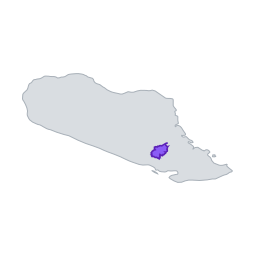 Andilamena, Alaotra-Mangoro, Madagascar (highlighted), rotated 96°
{"feature_id": "10022922B97539486376385", "entity_name": "Andilamena", "entity_type": "district", "adm_level": 2, "iso_a3": "MDG", "parent_name": "Madagascar", "parent_adm1": "Alaotra-Mangoro", "projection": "natural_earth1", "projection_center": [48.448, -16.737], "detail": "fine", "context": "in_parent", "style": "filled", "palette": "violet", "viewbox_px": 256, "rotation_deg": 96, "n_neighbors": 0, "source": "geoboundaries", "source_scale": "gbopen_adm2", "svg_char_len": 6267}
<svg xmlns="http://www.w3.org/2000/svg" viewBox="0 0 256 256"><g transform="rotate(96 128 128)"><path d="M164.0,25.5L164.6,27.2L165.4,28.8L167.7,32.7L168.6,34.2L169.5,35.7L169.9,38.9L171.3,43.8L172.7,51.2L173.1,58.8L173.5,62.3L174.6,65.6L176.3,69.0L176.9,72.8L175.8,76.7L174.2,80.3L173.8,81.0L173.1,82.0L172.8,81.9L171.5,81.0L170.5,79.4L169.3,75.8L168.8,73.9L168.3,73.6L166.8,73.8L165.7,74.9L165.5,75.7L165.7,77.7L166.1,79.6L166.3,81.5L166.3,83.8L166.7,84.5L167.3,85.1L167.9,86.7L168.0,90.4L167.7,92.3L166.6,93.9L166.7,94.7L167.0,95.7L166.7,96.2L165.3,96.9L164.7,97.5L163.9,99.1L162.7,102.5L162.5,104.2L163.3,109.3L163.1,113.0L161.5,120.0L160.6,123.4L159.3,127.3L157.4,132.6L155.5,139.2L153.8,145.9L152.6,150.0L151.2,154.0L149.4,161.1L147.8,168.3L145.4,176.3L142.2,185.1L141.8,186.3L141.2,190.8L140.4,194.7L139.6,198.6L137.8,205.0L137.6,207.0L137.1,208.9L135.4,212.9L134.7,214.4L134.1,216.0L133.9,218.0L133.3,220.0L132.1,223.5L130.2,226.6L128.9,227.7L126.1,229.4L124.7,229.7L121.5,229.7L118.5,230.7L115.3,232.4L112.2,234.5L111.1,235.5L109.8,236.0L105.7,236.1L104.5,235.7L100.5,232.3L98.9,231.8L95.9,231.3L95.0,231.0L94.2,230.6L93.0,228.8L90.6,227.4L90.0,226.9L89.6,225.9L89.4,224.8L88.8,223.5L88.3,221.2L87.5,219.5L85.3,216.6L85.0,215.7L84.8,212.6L84.9,210.6L84.6,206.8L84.8,205.0L85.6,203.3L85.3,201.6L84.4,199.8L84.1,197.9L83.5,196.1L81.1,193.0L80.6,191.5L80.2,189.9L79.3,184.9L79.1,183.2L79.2,179.6L79.5,177.7L80.1,176.4L80.2,175.4L80.6,174.6L81.1,173.9L81.5,173.1L82.3,168.5L83.4,167.4L85.0,166.8L86.3,165.6L87.1,164.0L87.8,160.6L89.8,157.2L90.5,155.5L92.2,152.8L93.6,149.0L94.0,147.3L94.3,145.4L94.7,141.5L95.0,139.5L94.9,137.5L94.0,135.5L92.0,131.9L91.9,131.2L92.1,128.5L91.9,126.5L91.1,124.6L90.2,122.7L89.2,119.3L88.7,113.6L88.8,111.5L88.5,109.7L87.8,107.9L88.3,104.9L94.3,93.9L94.5,92.6L94.2,89.2L94.3,87.2L94.5,86.5L95.0,86.1L96.0,85.9L100.9,85.4L101.5,85.1L102.7,84.1L104.4,82.3L105.1,81.8L105.8,82.0L106.2,82.8L106.8,83.2L108.7,82.4L109.5,82.3L110.2,82.5L110.6,81.7L110.8,80.7L111.1,80.0L111.6,79.6L114.2,79.4L115.8,79.1L117.9,78.4L118.3,78.5L120.0,81.1L120.5,81.3L121.2,81.4L121.7,80.9L120.4,79.6L120.2,78.9L120.2,78.0L121.0,76.2L122.2,74.8L124.9,72.7L127.7,70.3L128.5,70.1L129.2,70.5L129.8,73.4L129.7,73.8L130.2,73.9L130.7,73.5L131.2,72.4L131.2,71.4L130.8,70.5L130.6,69.7L130.6,69.0L132.0,67.3L133.2,65.7L133.7,63.7L134.1,62.8L135.3,61.8L135.7,62.0L135.9,62.8L136.1,63.7L135.8,64.5L135.4,65.4L135.2,66.5L135.9,66.7L136.5,66.5L137.4,64.4L138.5,62.5L139.1,61.5L139.9,60.8L141.2,60.9L142.5,61.4L140.4,59.3L139.9,56.5L142.4,51.7L142.4,50.7L142.7,50.3L142.9,50.0L141.6,48.3L141.4,47.5L141.5,46.3L142.2,45.2L142.7,44.4L143.5,44.1L144.1,44.6L145.5,45.9L146.5,46.1L147.6,44.8L148.5,43.2L149.9,42.1L151.5,41.4L153.9,38.9L155.4,33.6L155.5,32.0L155.2,30.1L154.6,28.4L153.7,26.1L154.0,25.6L155.3,25.9L155.7,25.6L157.1,23.7L159.5,19.9L160.3,19.9L160.9,20.6L161.2,21.6L161.6,22.4L163.2,24.2L164.0,25.5ZM147.6,40.4L147.7,41.0L145.9,40.8L145.6,38.8L146.5,38.7L146.7,37.9L147.2,37.8L147.8,39.5L147.6,40.4ZM169.4,97.1L167.8,100.0L168.2,97.5L170.0,94.0L170.5,93.7L169.4,97.1Z" fill="#d9dde1" stroke="#a8b0b8" stroke-width="1"/><path d="M154.4,96.9L154.3,97.0L154.2,96.9L154.3,96.7L154.2,96.6L154.2,96.4L154.2,96.2L154.3,96.1L154.4,95.9L154.5,95.6L154.6,95.4L154.7,95.2L154.9,95.2L155.0,94.9L155.0,94.7L154.9,94.6L155.0,94.5L154.9,94.3L155.0,94.2L155.3,94.0L155.3,93.9L155.5,93.7L155.2,93.5L154.9,93.5L154.7,93.4L154.5,93.5L154.3,93.5L154.2,93.6L153.9,93.5L153.9,93.4L153.8,93.5L153.7,93.5L153.5,93.4L153.4,93.3L153.4,93.2L153.2,93.2L153.1,93.3L152.9,93.3L152.8,93.2L152.7,93.4L152.6,93.6L152.4,93.6L152.2,93.5L152.1,93.4L152.0,93.1L151.8,93.1L151.5,93.3L151.5,93.2L151.4,93.3L151.4,93.5L151.3,93.3L151.3,93.2L151.2,93.2L151.4,93.0L151.6,92.8L151.5,92.7L151.7,92.4L151.8,92.3L151.9,92.2L151.9,91.9L151.7,91.8L151.7,91.7L151.4,91.5L151.4,91.4L151.5,91.3L151.5,91.2L151.7,90.9L151.4,90.9L151.4,90.7L151.2,90.6L151.4,90.5L151.4,90.4L151.2,90.2L151.0,89.9L150.9,89.7L150.7,89.5L150.7,89.4L150.4,89.2L150.2,89.0L149.9,89.1L149.7,89.0L149.6,88.9L149.6,88.7L149.4,88.3L149.3,88.2L149.2,88.0L149.0,87.9L148.9,87.9L148.9,88.0L148.7,88.0L148.3,88.0L148.1,88.3L148.1,88.2L148.1,87.8L148.1,87.6L147.8,87.5L147.7,87.5L147.5,87.3L147.3,87.2L147.2,87.0L147.1,86.9L146.9,86.5L146.7,86.5L146.4,86.5L146.2,86.5L145.9,86.6L145.7,86.6L145.3,86.7L145.2,86.9L145.1,87.0L145.0,86.9L144.8,86.9L144.8,87.0L144.6,87.0L144.4,87.0L144.1,87.0L143.9,86.9L143.6,86.8L143.4,86.8L143.4,86.7L143.0,86.7L143.0,86.8L143.0,86.7L142.7,86.7L142.4,86.5L142.5,86.7L142.4,86.8L142.4,87.0L142.3,87.4L142.2,87.5L142.2,87.4L142.0,87.5L141.9,87.7L141.9,87.8L141.7,87.9L141.4,88.4L141.4,88.5L141.2,88.7L140.7,89.0L140.4,89.0L140.0,89.0L139.4,88.3L139.2,88.1L139.1,87.6L138.9,87.6L138.9,87.9L139.1,88.3L139.2,88.6L141.7,92.0L141.9,92.1L141.9,92.3L142.1,92.4L142.1,92.6L142.2,92.8L142.3,92.9L142.3,93.0L142.2,93.2L142.1,93.3L142.1,93.5L142.2,93.9L142.1,94.0L142.2,94.5L142.3,94.8L142.5,94.9L142.5,95.0L142.8,95.2L142.8,95.4L143.1,95.8L143.2,96.0L143.0,96.3L143.3,96.4L143.4,96.5L143.5,96.6L143.4,96.7L143.5,96.8L143.6,97.0L143.9,97.1L143.9,97.3L143.8,97.5L143.7,97.6L143.6,97.8L143.7,98.1L143.8,98.1L144.0,98.2L143.8,98.2L143.7,98.4L143.7,98.5L143.8,98.5L144.0,98.8L144.1,99.0L144.1,99.3L144.3,99.4L144.3,99.5L144.6,99.4L144.7,99.5L144.8,99.7L145.0,99.7L145.3,99.5L145.5,99.6L145.8,99.5L146.1,99.5L146.2,99.3L146.3,99.3L146.3,99.2L146.5,99.1L146.6,98.8L146.7,98.7L146.8,98.6L146.9,98.8L146.9,99.0L146.8,99.3L146.9,99.5L147.0,99.5L147.2,99.8L147.3,99.9L147.3,100.0L147.5,100.2L147.6,100.5L147.8,100.8L148.0,100.8L148.3,100.8L148.5,101.0L148.6,101.5L148.8,101.6L149.0,101.7L149.1,101.8L149.4,101.8L149.5,101.8L150.0,102.2L150.1,102.3L150.4,102.3L150.5,102.4L150.8,102.0L150.9,101.8L150.9,101.7L151.3,101.6L151.5,101.6L151.4,101.7L151.6,101.8L151.9,101.9L152.0,101.8L152.0,101.6L152.3,101.4L152.5,101.4L152.6,101.5L152.6,101.8L152.8,101.6L153.0,101.6L153.0,101.4L153.0,101.2L153.2,100.9L153.3,100.9L153.4,101.0L153.5,101.0L153.6,100.9L153.8,101.0L153.8,100.9L153.8,100.7L153.8,100.4L153.7,100.2L153.8,100.1L153.6,99.7L153.8,99.3L153.7,99.2L153.8,99.1L153.9,98.9L154.0,98.7L154.2,98.4L154.2,98.2L154.4,98.0L154.3,97.9L154.4,97.7L154.4,97.4L154.4,97.2L154.4,96.9Z" fill="#8b5cf6" stroke="#5b21b6" stroke-width="1.5"/></g></svg>